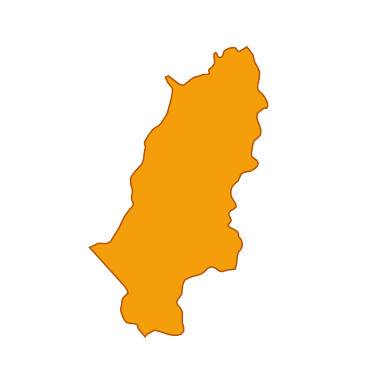 the Department of Itapúa, rotated 324°
{"feature_id": "PRY-620", "entity_name": "Itapúa", "entity_type": "Department", "adm_level": 1, "iso_a3": "PRY", "parent_name": "Paraguay", "parent_adm1": "", "projection": "orthographic", "projection_center": [-55.537, -26.832], "detail": "fine", "context": "isolated", "style": "filled", "palette": "amber", "viewbox_px": 384, "rotation_deg": 324, "n_neighbors": 0, "source": "natural_earth", "source_scale": "10m", "svg_char_len": 3210}
<svg xmlns="http://www.w3.org/2000/svg" viewBox="0 0 384 384"><g transform="rotate(324 192 192)"><path d="M321.8,106.9L321.6,107.6L321.9,110.4L321.9,116.9L319.9,121.4L319.7,122.2L319.3,123.0L318.0,131.8L317.4,134.1L316.2,136.0L312.3,140.5L308.6,143.5L306.7,145.8L305.4,148.4L305.6,150.5L306.2,152.5L306.6,155.2L306.5,158.5L306.0,162.0L304.9,165.2L303.1,167.5L301.8,168.1L301.1,167.8L300.5,167.0L299.5,166.5L293.8,166.5L290.8,167.2L288.6,169.3L287.2,172.1L285.5,178.7L284.6,181.2L283.3,183.4L281.4,185.6L279.3,186.6L273.0,187.1L270.4,188.0L262.1,196.4L261.2,198.8L263.0,204.5L262.5,207.6L260.4,209.3L257.5,209.9L252.4,209.6L250.4,209.0L248.0,207.7L245.3,206.6L242.2,206.5L236.0,210.0L230.0,210.7L227.4,211.5L225.1,213.0L223.0,215.4L221.4,218.1L220.7,221.1L220.3,227.7L219.0,230.0L215.8,230.3L212.3,229.9L209.8,230.2L208.3,232.5L207.8,235.4L207.0,238.0L204.9,239.1L201.5,240.0L201.5,242.2L204.5,248.0L205.1,249.7L205.3,251.3L205.1,252.8L203.4,255.7L203.5,256.7L203.8,257.8L203.7,259.8L202.4,263.1L200.4,265.6L197.7,267.1L194.5,267.7L190.9,270.5L186.3,275.9L181.6,279.7L173.9,275.5L170.4,274.5L168.9,273.6L167.8,272.2L165.9,266.8L163.9,264.1L161.4,263.1L158.4,263.2L155.3,263.7L154.6,263.7L152.2,263.8L149.4,263.2L140.8,259.9L137.6,259.3L134.3,259.0L131.1,260.9L128.7,262.8L124.1,268.2L121.2,269.5L117.5,270.5L114.6,272.2L113.9,275.3L114.4,279.2L113.9,282.4L112.5,285.3L110.0,288.1L107.5,291.8L105.8,296.2L103.6,299.7L99.5,300.6L99.4,300.6L95.4,299.0L91.6,295.9L88.3,292.1L85.8,288.3L80.6,281.8L72.1,280.6L69.0,281.6L68.2,271.5L68.3,270.7L68.8,269.5L69.2,268.9L69.6,268.0L69.7,267.3L69.2,266.2L68.5,265.3L64.0,261.1L63.1,260.1L62.3,258.8L62.1,256.5L62.4,253.4L64.1,247.5L65.2,245.2L66.5,243.7L67.7,243.0L68.8,242.0L72.1,238.2L73.3,237.5L74.2,237.1L80.7,236.2L81.8,233.8L82.1,228.8L76.5,176.6L86.2,178.6L87.0,179.1L91.0,182.4L93.0,183.6L95.0,184.1L97.2,184.1L112.0,178.1L123.0,172.1L130.8,169.5L134.7,168.8L136.8,168.0L137.7,166.9L138.9,162.4L139.7,161.1L140.8,159.8L142.6,158.3L144.1,156.5L145.3,154.6L146.5,151.1L147.1,149.7L150.0,145.3L151.9,143.9L158.3,141.8L167.2,140.1L169.5,139.0L171.5,137.6L177.5,131.2L179.9,129.2L180.8,128.1L181.9,125.2L183.2,123.5L190.8,120.2L196.3,118.6L199.0,118.3L201.2,118.4L203.0,118.8L204.8,118.6L207.5,118.2L216.2,114.8L218.6,113.5L229.4,104.9L234.8,99.7L235.8,98.5L236.6,97.2L237.0,96.0L236.8,89.1L237.0,87.9L237.3,86.9L237.5,86.1L237.5,85.1L237.7,84.0L238.0,83.5L238.4,83.4L238.9,83.6L239.4,83.9L241.1,84.2L245.4,98.2L248.1,100.7L257.7,100.3L260.2,100.4L261.3,100.6L262.5,101.0L265.8,102.4L269.9,103.5L271.3,104.3L273.3,105.8L274.3,106.3L275.1,106.4L275.6,106.0L275.9,105.8L276.1,105.4L276.5,104.4L277.0,103.7L277.9,102.8L282.1,102.5L283.9,102.0L284.7,101.7L285.6,101.2L286.5,100.3L287.0,99.6L289.0,96.1L289.9,94.7L290.6,93.8L291.2,93.3L292.1,93.0L292.6,93.0L293.0,93.2L293.3,93.6L293.3,94.3L293.3,95.0L292.7,97.1L292.6,98.1L292.9,98.8L294.1,99.8L295.1,100.1L296.1,100.1L296.8,99.8L297.6,99.3L299.3,97.8L300.4,97.2L301.4,96.9L303.4,96.9L305.9,97.4L307.8,98.1L310.2,99.4L310.9,99.9L311.4,100.4L311.7,100.9L311.8,101.5L311.8,102.2L311.7,103.2L311.7,104.1L311.9,105.0L312.7,105.9L314.1,106.3L321.5,106.9L321.8,106.9Z" fill="#f59e0b" stroke="#b45309" stroke-width="1.5"/></g></svg>